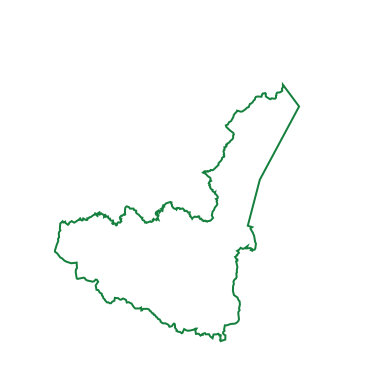 Pueblo Bello, Cesar, Colombia, rotated 28°
{"feature_id": "7082276B89066354157949", "entity_name": "Pueblo Bello", "entity_type": "district", "adm_level": 2, "iso_a3": "COL", "parent_name": "Colombia", "parent_adm1": "Cesar", "projection": "robinson", "projection_center": [-73.617, 10.53], "detail": "fine", "context": "isolated", "style": "outline", "palette": "green", "viewbox_px": 384, "rotation_deg": 28, "n_neighbors": 0, "source": "geoboundaries", "source_scale": "gbopen_adm2", "svg_char_len": 6096}
<svg xmlns="http://www.w3.org/2000/svg" viewBox="0 0 384 384"><g transform="rotate(28 192 192)"><path d="M123.3,308.5L126.2,313.3L125.9,315.0L127.1,317.6L130.8,322.4L131.8,322.4L136.7,318.4L138.3,318.5L138.9,319.2L141.0,319.3L146.2,317.9L147.4,316.9L148.1,314.5L149.2,314.2L151.3,315.3L150.8,319.7L153.6,323.2L155.3,322.6L157.8,324.1L160.1,324.2L161.1,325.7L162.4,326.0L163.7,327.5L165.2,327.7L166.2,328.5L168.9,329.4L169.9,328.7L171.7,328.8L172.7,328.2L173.1,326.2L174.5,324.5L173.6,321.7L176.7,320.4L178.6,320.8L179.8,320.5L181.1,318.4L181.7,318.3L184.4,318.3L186.3,320.2L187.8,319.0L191.1,318.9L194.3,320.8L196.5,321.5L200.3,319.5L201.3,318.0L202.9,320.4L203.5,319.8L203.4,318.7L203.9,318.0L207.5,316.1L209.4,315.9L210.4,316.7L211.2,316.6L214.1,317.8L215.0,317.4L215.9,318.3L217.4,318.1L218.6,319.0L220.2,319.2L221.9,320.1L223.2,319.7L224.8,320.6L225.3,321.4L228.0,321.6L230.0,320.5L232.5,320.3L233.9,320.5L234.9,321.5L235.6,321.5L237.3,319.7L237.4,317.8L237.9,316.6L238.4,316.5L239.7,317.8L240.6,319.7L243.5,321.1L243.5,321.9L245.4,321.9L247.2,321.2L249.3,321.5L249.7,320.9L249.4,316.7L252.5,316.8L254.6,315.8L258.0,312.9L259.2,311.0L260.1,310.5L259.9,312.3L260.2,313.0L262.1,315.4L264.5,314.0L266.9,314.8L267.6,313.2L267.9,313.6L268.6,313.0L268.1,312.3L269.7,310.5L271.1,311.2L273.6,309.6L276.1,311.0L278.8,311.5L277.9,307.7L280.6,306.1L281.8,304.8L283.0,305.5L283.0,305.1L284.7,305.0L285.3,307.1L286.7,309.0L286.3,309.6L287.3,310.2L290.7,306.7L288.8,302.9L286.8,302.8L285.7,302.1L285.3,301.0L285.9,299.3L284.9,298.4L283.6,294.3L285.3,293.4L288.2,290.3L291.8,288.0L293.0,286.1L293.5,283.9L293.2,282.3L289.9,277.5L289.3,276.2L289.5,273.9L288.2,272.8L287.2,269.0L285.3,266.1L284.1,265.8L281.6,263.8L277.4,263.3L274.5,260.0L272.4,255.7L272.2,253.7L270.6,251.5L270.7,249.2L271.4,247.7L271.3,246.1L269.3,242.9L269.4,241.8L268.3,240.1L267.3,236.9L263.5,232.5L264.3,231.4L264.0,230.5L263.6,230.2L263.2,230.6L260.5,229.1L261.5,227.1L261.6,226.6L261.2,226.4L262.0,223.7L260.9,223.0L259.5,222.8L260.6,221.0L261.2,218.4L263.5,218.4L264.9,216.9L266.4,213.7L266.7,216.1L270.1,214.0L271.3,214.1L271.2,215.7L272.8,215.6L273.0,214.4L274.3,213.6L274.4,212.1L272.7,207.6L271.0,206.2L267.7,201.9L265.1,199.6L260.9,197.0L260.7,196.4L261.6,194.8L257.1,195.6L246.1,149.3L246.4,66.2L221.9,54.6L223.1,56.8L222.9,58.6L224.2,60.4L222.8,62.8L220.5,64.3L220.4,65.7L221.1,67.0L220.9,67.6L221.9,69.2L221.5,70.7L218.2,72.0L217.9,73.1L217.2,73.4L212.8,73.1L212.1,72.7L211.1,70.6L210.1,70.3L209.2,71.4L208.4,71.6L208.1,72.9L208.6,75.3L205.4,76.7L203.8,77.9L203.6,79.1L204.1,80.9L203.5,82.3L203.4,84.3L202.6,86.3L201.8,87.0L202.2,90.5L201.1,91.5L200.1,94.5L198.5,97.4L197.2,98.2L193.6,99.0L193.8,99.9L192.9,103.1L192.8,104.6L193.3,106.4L193.2,111.1L191.9,113.1L192.0,115.4L190.6,117.3L191.9,118.5L196.6,119.8L200.9,120.5L202.0,121.7L201.7,122.6L202.8,124.6L203.0,126.2L201.8,129.2L201.9,130.3L200.5,132.6L200.7,133.3L200.0,133.8L200.0,134.6L200.9,135.2L200.7,136.3L199.6,137.3L200.5,138.3L200.3,139.4L200.9,139.8L200.7,141.3L202.6,143.4L202.5,144.3L203.6,145.0L203.7,146.1L202.9,146.8L202.6,147.9L203.0,149.0L202.9,150.9L202.0,153.7L202.1,154.8L202.7,155.5L200.5,162.3L199.9,163.1L198.1,163.8L198.2,164.7L197.1,165.5L196.7,166.4L195.9,166.3L195.7,167.0L194.8,167.1L194.6,167.7L194.4,167.3L193.3,167.8L192.6,169.7L195.4,169.5L198.6,170.6L201.5,170.9L202.7,172.5L202.6,173.0L203.6,173.3L202.6,174.9L202.7,176.5L204.2,176.9L204.1,178.1L205.5,178.5L205.8,179.5L207.5,180.4L209.2,180.5L209.2,181.1L209.9,181.6L212.5,181.8L212.6,181.5L213.0,182.7L214.7,182.9L217.2,184.3L217.5,186.0L216.5,186.9L218.2,187.8L218.2,188.8L219.8,190.4L220.2,191.7L219.5,194.9L219.8,197.7L219.4,199.6L220.5,203.4L222.8,205.0L221.9,208.2L221.4,209.0L219.5,210.4L219.4,210.9L218.3,210.9L218.1,211.3L217.1,211.1L216.1,212.1L215.7,211.8L214.8,212.3L213.7,211.6L212.9,211.8L212.5,211.3L211.6,211.9L210.5,211.3L209.9,210.2L209.2,210.3L208.1,211.8L206.0,212.4L204.8,214.5L204.7,215.5L203.9,214.9L201.9,214.4L201.9,213.9L201.2,213.2L200.3,213.1L199.5,211.1L198.0,212.0L196.1,211.1L194.3,212.3L193.3,211.4L191.5,210.9L189.3,212.7L188.5,212.1L186.5,212.9L186.6,214.7L185.6,214.2L185.3,214.8L183.4,215.0L181.0,213.9L180.4,212.7L179.0,212.0L178.8,210.8L177.5,211.0L174.4,214.3L173.9,216.4L172.8,217.2L173.1,218.1L173.8,217.4L174.3,218.0L173.1,218.8L173.5,219.9L173.1,220.6L174.0,220.2L174.7,222.5L173.8,222.4L173.2,222.9L173.0,224.7L172.5,224.0L171.6,223.9L171.8,224.9L171.0,225.3L170.7,225.0L169.8,226.6L169.9,227.2L170.5,226.8L171.6,227.3L170.6,227.9L170.6,228.5L171.2,228.9L172.0,227.7L172.5,228.5L173.6,228.8L173.3,230.3L175.2,232.1L174.3,232.0L174.0,233.1L173.4,232.6L173.2,233.4L171.6,234.1L170.7,233.8L170.4,235.1L171.1,235.9L170.8,236.6L169.8,237.7L168.9,237.5L166.4,240.5L165.6,240.2L165.0,241.0L163.2,239.7L161.7,239.9L160.3,239.0L160.2,238.0L158.9,238.3L155.8,237.1L153.0,236.8L152.0,236.1L151.8,235.0L151.3,234.7L149.3,235.1L148.2,234.1L145.0,235.8L143.5,235.0L141.3,235.2L140.6,236.3L140.6,237.5L141.8,240.5L143.5,243.2L143.3,243.7L142.4,243.5L141.5,245.8L140.7,246.1L140.3,247.5L140.6,247.7L140.4,248.6L141.5,249.7L142.2,249.2L142.5,250.5L143.4,251.0L142.8,252.9L141.1,253.3L140.7,254.9L141.2,256.2L140.7,257.1L140.2,256.9L140.4,256.0L139.1,255.9L138.1,256.2L137.6,257.2L136.9,257.4L136.2,257.0L136.6,255.6L135.6,254.3L134.3,255.2L133.3,255.3L132.1,254.0L131.4,254.5L130.0,254.1L129.4,253.0L127.3,254.5L126.8,253.2L126.3,253.0L125.9,255.0L125.0,253.5L123.6,253.8L122.1,253.5L121.2,255.2L120.7,255.0L120.3,253.6L119.9,253.3L119.0,254.7L119.8,257.5L118.7,257.4L117.8,256.2L116.5,256.3L116.6,257.8L115.9,258.4L114.4,261.7L113.3,262.5L113.1,263.7L111.9,264.4L112.6,265.7L112.4,266.1L111.1,266.5L108.4,266.4L108.8,268.3L107.8,268.9L105.6,267.8L105.3,268.5L105.8,269.3L104.6,270.3L102.6,274.2L101.9,274.4L99.4,274.2L98.1,276.7L98.2,278.7L97.8,279.2L94.4,278.6L93.9,277.8L92.7,279.3L91.5,278.6L90.5,281.7L92.6,286.6L93.9,287.8L93.4,289.2L93.8,291.1L95.9,294.4L95.7,296.2L96.9,298.0L97.4,302.5L98.5,308.1L99.1,309.1L101.9,309.5L106.3,311.6L108.5,311.6L111.6,312.5L113.9,312.5L118.9,311.6L123.3,308.5Z" fill="none" stroke="#15803d" stroke-width="2"/></g></svg>